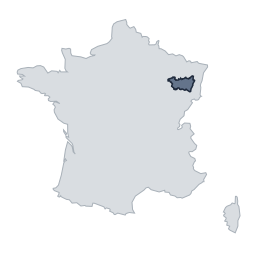 Vosges highlighted on a map of France, rotated 358°
{"feature_id": "FRA-5355", "entity_name": "Vosges", "entity_type": "Metropolitan department", "adm_level": 1, "iso_a3": "FRA", "parent_name": "France", "parent_adm1": "", "projection": "albers", "projection_center": [6.233, 48.171], "detail": "fine", "context": "in_parent", "style": "filled", "palette": "slate", "viewbox_px": 256, "rotation_deg": 358, "n_neighbors": 0, "source": "natural_earth", "source_scale": "10m", "svg_char_len": 5877}
<svg xmlns="http://www.w3.org/2000/svg" viewBox="0 0 256 256"><g transform="rotate(358 128 128)"><path d="M202.5,98.8L200.7,99.9L199.6,102.0L198.4,102.5L196.3,102.5L195.3,101.3L192.8,102.1L191.8,103.4L193.3,105.0L188.3,111.7L185.1,113.4L184.4,117.7L180.5,121.0L179.1,124.4L179.0,125.1L180.0,126.2L179.5,128.4L177.6,129.8L177.6,131.2L178.1,131.4L181.1,130.3L182.3,129.0L181.7,127.2L184.7,125.0L190.0,125.5L190.7,128.4L190.0,130.9L193.9,136.2L190.6,138.7L190.4,140.4L193.9,145.7L196.1,147.9L195.0,151.5L191.3,153.9L188.9,153.7L187.9,154.3L188.0,155.4L189.7,158.7L193.7,160.8L194.3,163.2L193.2,164.1L191.4,167.8L192.2,169.7L191.9,170.5L192.3,171.7L193.4,173.0L199.1,176.1L204.2,175.4L204.9,177.2L201.8,182.1L202.1,184.3L200.5,184.4L200.2,185.1L197.0,186.8L191.9,191.8L189.5,193.2L188.6,195.7L187.2,197.1L179.7,200.0L178.3,199.3L174.7,199.4L172.5,197.6L168.1,196.4L166.8,193.8L162.7,193.3L162.5,191.5L156.9,193.0L149.0,190.5L146.2,187.9L143.9,188.5L141.8,190.6L133.0,196.3L129.4,202.4L129.7,209.6L131.6,213.3L126.3,212.5L123.1,213.4L122.2,214.9L114.8,212.7L112.0,214.1L111.2,213.9L110.3,212.3L106.7,210.4L107.4,209.3L106.9,208.2L103.6,207.1L102.3,208.1L101.1,205.9L91.7,202.0L90.2,201.9L89.3,205.1L83.1,204.6L82.3,203.9L78.2,204.3L74.2,200.9L69.5,201.1L66.9,197.7L64.1,197.2L60.3,195.2L58.6,194.2L58.4,193.3L57.1,194.6L55.7,194.1L55.4,193.6L56.5,192.0L56.9,190.0L52.2,188.0L51.0,186.4L51.1,185.7L53.8,185.3L56.5,182.7L59.7,172.8L62.5,161.0L63.9,158.8L65.4,158.4L64.4,156.6L62.7,158.6L64.7,147.7L67.2,139.6L70.8,143.4L71.6,144.9L72.4,150.0L74.4,152.2L73.1,150.1L72.3,143.4L71.6,141.5L65.8,135.4L65.7,134.1L68.4,135.1L67.6,130.9L67.8,122.2L64.1,121.0L58.4,116.7L55.0,109.7L54.8,107.2L56.1,104.7L55.4,103.0L53.7,101.6L55.3,99.5L56.6,99.4L60.7,101.2L57.4,98.7L51.7,98.8L49.5,97.8L49.3,96.2L51.0,94.4L49.3,92.9L46.0,92.8L45.7,92.3L46.8,91.0L46.0,90.3L43.3,90.6L41.9,89.9L40.7,88.1L36.5,87.2L35.6,86.2L30.0,83.6L23.8,83.0L22.6,79.6L19.1,77.5L20.0,76.6L23.8,76.1L24.7,75.3L22.1,73.6L21.4,72.2L26.4,72.5L24.3,70.8L19.5,70.2L19.2,68.2L20.0,66.3L23.1,64.9L30.3,64.0L35.3,64.6L39.1,62.7L42.7,62.6L45.9,64.1L49.8,70.3L53.7,68.2L59.1,68.9L60.1,70.4L61.8,68.0L62.8,69.6L69.4,69.8L68.0,68.6L67.0,66.1L67.7,57.2L65.0,50.5L64.4,48.1L64.8,46.1L68.6,46.9L71.9,46.3L73.4,47.1L73.4,51.2L74.5,53.8L83.4,55.3L88.5,57.1L93.0,55.1L97.2,54.4L97.5,53.8L95.2,53.9L93.1,52.7L92.9,51.6L94.3,48.4L100.7,45.3L110.0,42.9L112.4,41.1L115.3,37.6L114.8,36.6L115.8,26.7L117.3,23.5L120.8,21.4L129.5,19.5L130.5,22.7L130.3,24.4L132.5,27.3L133.6,28.3L137.4,26.9L139.1,29.6L139.6,32.5L144.1,33.9L145.3,37.8L146.2,37.0L149.0,37.2L150.4,37.6L152.2,39.3L151.6,41.6L152.4,42.7L151.5,44.8L152.1,45.7L157.4,45.8L159.0,44.9L159.7,42.8L161.4,41.6L162.0,42.0L160.9,45.9L161.6,46.9L161.9,49.8L163.9,50.0L167.8,52.3L171.1,56.1L175.2,55.5L178.4,57.6L181.8,56.5L184.9,57.7L186.0,58.7L189.0,64.0L191.3,62.9L192.9,63.5L193.4,65.0L199.5,64.0L200.6,65.5L201.8,66.0L209.6,67.8L209.7,69.8L205.4,75.5L203.6,83.5L202.3,86.2L201.8,88.3L202.2,89.7L202.0,91.9L201.2,97.1L201.7,98.5L202.5,98.8ZM235.1,204.8L234.8,208.1L236.1,210.4L236.9,219.7L234.6,224.4L234.4,229.9L231.5,236.5L226.5,233.8L224.9,232.3L226.2,229.7L223.3,228.5L223.9,226.0L223.6,224.8L221.6,224.7L221.5,224.1L222.9,222.2L222.8,221.0L220.9,219.6L220.5,218.4L222.2,216.9L221.4,215.6L220.4,215.3L222.7,210.9L224.3,209.6L228.0,208.3L229.5,206.6L232.0,207.4L232.4,206.9L233.0,200.1L233.8,200.0L234.7,200.9L235.1,204.8ZM66.4,131.2L65.7,133.1L63.6,129.5L63.5,127.6L66.4,131.2Z" fill="#d9dde1" stroke="#a8b0b8" stroke-width="1"/><path d="M191.4,80.5L191.8,80.2L192.5,79.3L193.8,78.3L194.3,78.2L195.1,78.6L195.0,78.9L194.9,79.0L194.9,79.8L194.8,80.9L194.8,81.2L194.8,81.4L194.6,81.8L194.6,82.0L194.8,82.3L195.1,82.4L195.7,82.4L195.9,82.4L196.1,82.6L196.2,82.8L196.2,83.1L194.3,86.2L194.2,86.4L194.2,86.6L194.3,86.9L194.4,87.1L194.4,87.3L194.3,87.5L194.0,88.0L193.5,89.1L193.2,89.6L193.1,89.9L192.5,90.6L192.4,90.8L192.4,91.0L192.3,91.3L192.3,91.5L192.2,92.1L191.9,92.5L191.9,92.8L192.0,93.0L192.0,93.4L191.9,93.5L191.4,93.9L191.2,93.9L190.8,93.9L190.7,93.8L189.6,93.0L189.3,92.7L189.1,92.6L188.6,92.4L188.4,92.2L188.0,91.7L187.7,91.4L187.5,91.2L187.4,91.2L187.2,91.3L187.0,91.7L186.9,91.8L186.8,92.0L186.6,92.1L186.4,92.1L186.2,92.2L185.9,92.1L185.7,92.1L184.3,91.2L183.8,91.0L183.0,91.0L182.7,91.1L182.5,91.3L182.4,91.4L182.2,91.4L181.8,91.4L181.6,91.3L181.4,91.2L181.1,91.1L180.9,91.0L180.9,90.9L180.9,90.6L180.9,90.4L180.7,90.1L180.4,89.9L179.7,89.7L179.4,89.8L179.2,89.8L179.0,90.1L178.7,90.5L178.2,90.9L178.0,91.1L177.9,91.2L177.7,91.2L177.7,90.8L177.7,90.6L177.6,90.4L177.4,90.4L177.3,90.6L177.1,91.1L176.8,91.3L176.5,91.4L175.9,90.6L175.6,90.7L175.5,90.8L175.4,90.9L175.2,90.8L175.1,90.7L175.1,90.3L175.2,89.9L175.1,89.7L175.0,89.4L174.8,89.2L174.7,89.2L174.4,89.0L174.2,88.9L173.9,88.6L173.4,88.0L173.1,87.9L173.1,87.6L173.2,87.4L173.2,87.2L173.5,86.6L173.6,86.4L173.6,86.2L173.7,85.9L173.8,85.7L174.0,85.5L174.0,85.4L173.9,85.2L173.6,84.9L173.1,84.6L173.0,84.4L173.0,84.1L173.0,83.9L172.9,83.7L172.6,83.5L172.4,83.5L172.1,83.6L171.8,83.3L171.6,83.0L171.3,82.4L171.1,82.2L170.9,82.0L170.6,82.0L170.4,82.0L170.2,82.2L170.2,82.3L170.0,82.5L169.8,82.5L169.7,82.3L169.7,82.1L169.7,81.7L169.6,81.4L169.6,81.2L169.9,80.8L170.1,80.5L170.5,80.7L170.8,80.5L171.6,80.1L171.8,80.0L172.2,80.1L172.5,80.0L173.3,79.5L174.0,79.6L174.3,79.5L174.5,79.2L174.7,78.8L174.9,79.0L175.1,79.0L175.5,78.7L175.9,78.7L176.2,78.8L176.7,79.0L176.8,79.3L176.7,79.6L176.7,79.9L176.5,80.1L176.4,80.3L176.3,80.5L176.4,80.8L177.5,81.3L177.4,81.8L177.8,81.9L179.9,81.8L180.4,81.6L180.4,80.8L180.8,81.0L182.0,80.9L182.1,80.6L182.3,80.3L182.4,80.1L182.7,80.6L183.1,80.8L183.5,80.9L184.0,80.8L183.9,81.2L184.2,81.1L184.6,80.7L185.6,80.7L187.2,79.4L187.6,79.4L187.7,79.6L187.8,79.9L187.8,80.2L188.0,80.4L189.1,80.6L190.2,81.0L190.3,80.9L191.0,80.1L191.4,80.5Z" fill="#64748b" stroke="#1e293b" stroke-width="1.5"/></g></svg>